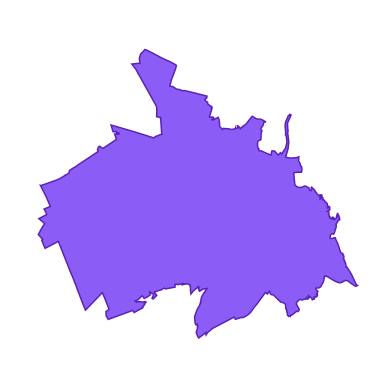 Tulcea, Tulcea, Romania (Robinson projection), rotated 85°
{"feature_id": "2599482B25172560507796", "entity_name": "Tulcea", "entity_type": "district", "adm_level": 2, "iso_a3": "ROU", "parent_name": "Romania", "parent_adm1": "Tulcea", "projection": "robinson", "projection_center": [28.818, 45.151], "detail": "fine", "context": "isolated", "style": "filled", "palette": "violet", "viewbox_px": 384, "rotation_deg": 85, "n_neighbors": 0, "source": "geoboundaries", "source_scale": "gbopen_adm2", "svg_char_len": 5918}
<svg xmlns="http://www.w3.org/2000/svg" viewBox="0 0 384 384"><g transform="rotate(85 192 192)"><path d="M166.8,91.1L165.5,95.7L157.5,92.6L150.8,91.2L140.8,91.5L139.5,90.9L138.5,91.1L131.8,90.9L124.0,86.6L123.1,87.8L124.1,88.5L124.2,89.3L130.5,92.7L134.2,93.5L142.7,93.5L142.6,93.8L143.3,93.9L143.8,93.3L150.6,93.0L156.2,94.9L162.0,99.4L160.5,100.5L162.7,102.8L158.3,106.3L158.1,108.9L162.1,110.1L159.5,115.2L157.1,119.3L157.0,120.9L155.8,122.1L155.0,121.5L153.6,122.4L152.5,122.7L148.4,122.4L147.0,121.5L146.6,121.0L145.9,118.8L139.1,117.9L137.0,116.9L136.0,117.7L134.8,117.8L131.7,115.4L128.3,114.1L128.8,113.0L128.3,112.7L125.9,116.3L125.2,118.3L125.2,119.9L124.9,121.1L121.8,125.5L129.3,132.5L130.1,134.3L131.0,134.8L130.9,135.3L131.2,136.0L133.1,138.4L131.7,139.0L129.9,140.7L129.9,141.0L132.0,140.6L132.3,141.3L132.5,142.6L131.8,142.9L132.7,143.0L133.2,147.1L132.2,150.1L131.7,153.8L131.3,154.9L132.4,156.2L128.9,158.8L125.4,158.5L122.1,158.8L119.9,159.4L122.2,165.3L121.5,165.7L121.2,164.3L120.7,164.0L119.9,164.0L120.0,164.5L119.8,164.7L119.2,164.7L118.9,168.0L118.7,168.1L110.3,164.7L110.1,165.2L109.7,165.1L109.6,165.5L108.5,164.9L107.5,166.8L107.0,167.0L106.3,168.3L105.3,168.6L104.0,168.6L102.4,170.5L101.2,171.1L100.8,170.9L100.7,170.6L100.1,170.4L99.7,169.2L97.8,168.7L90.4,190.1L90.1,193.4L88.7,195.8L88.3,198.3L85.3,201.9L84.7,204.9L78.7,202.8L68.0,197.7L64.5,196.5L63.4,197.8L61.0,201.4L55.6,210.8L48.0,222.6L46.1,225.9L46.0,226.7L47.6,228.1L49.8,230.9L52.5,232.2L55.0,232.9L59.1,232.5L59.3,240.8L65.6,236.8L68.5,235.6L68.9,235.7L69.0,235.4L103.2,220.1L105.1,219.8L108.5,220.0L113.9,220.7L115.1,217.1L115.0,216.8L131.9,217.1L132.1,218.8L133.1,221.6L133.3,223.1L133.9,224.1L134.8,225.2L127.1,244.0L118.2,266.8L125.1,265.4L125.2,262.4L125.4,261.9L126.3,262.1L126.9,259.6L127.9,259.7L127.5,264.0L133.0,262.7L140.8,276.9L138.3,280.2L139.0,281.3L141.6,282.5L143.5,282.0L155.2,303.4L156.7,305.8L158.0,308.7L159.9,312.1L162.5,313.1L163.1,314.1L164.3,317.2L164.5,317.1L167.3,323.0L168.3,325.9L172.4,341.9L172.2,342.4L184.5,337.5L194.0,334.4L196.1,340.8L199.9,339.2L201.5,338.7L201.9,338.9L205.2,346.9L208.9,343.2L210.9,341.6L213.7,344.0L221.0,348.8L226.4,344.7L227.0,345.9L235.3,343.3L229.6,329.4L261.0,320.1L264.3,319.1L265.1,318.6L272.5,316.6L273.5,315.9L274.0,316.0L279.8,314.5L294.2,310.4L300.4,308.4L284.5,290.2L284.5,289.9L285.3,289.9L289.5,288.4L301.1,285.0L301.9,285.0L303.5,288.1L307.9,288.3L311.6,286.5L304.8,261.3L307.0,260.1L303.0,251.0L302.1,251.4L300.2,249.0L299.3,249.4L297.8,247.3L297.5,247.4L297.0,248.6L297.4,250.7L296.7,252.9L296.5,254.3L296.9,256.8L295.8,257.1L296.0,258.1L295.6,258.3L294.6,255.1L291.3,251.1L291.1,250.5L293.9,248.9L292.5,245.3L290.9,242.6L288.3,242.9L287.7,242.7L287.9,242.2L289.7,240.8L289.9,239.8L290.3,239.3L290.9,239.2L294.4,241.1L295.2,240.1L291.9,236.1L288.5,238.3L287.4,234.3L286.8,231.3L285.5,228.5L285.6,227.8L286.2,226.7L285.3,217.2L282.4,216.9L283.0,214.1L282.6,210.7L283.7,210.0L283.4,208.9L282.6,209.2L282.4,208.7L283.3,207.2L283.3,206.6L283.0,206.6L283.1,204.7L283.9,202.9L284.7,201.9L285.0,202.2L286.8,201.9L289.9,202.1L293.5,201.9L290.8,199.4L286.7,193.7L287.2,193.5L287.6,193.9L288.3,193.5L288.7,194.0L290.3,193.3L290.8,193.6L291.5,193.0L289.7,189.5L289.4,185.5L295.8,190.6L297.8,191.8L302.3,193.0L303.2,193.0L303.0,193.3L306.3,194.6L307.0,195.5L310.4,197.6L316.5,200.3L323.1,200.3L324.8,199.4L324.4,198.7L324.9,198.9L325.7,197.8L327.6,198.5L327.8,198.2L332.3,200.1L336.7,198.8L338.0,198.0L333.3,190.5L335.5,190.5L333.2,188.5L329.7,183.4L320.3,161.0L322.6,159.8L321.4,154.8L321.5,152.1L320.8,150.0L319.0,146.6L316.8,143.9L312.4,140.2L309.1,136.9L298.5,127.6L300.2,125.7L297.5,123.6L299.2,122.7L300.0,123.0L301.1,122.0L301.7,119.8L309.3,113.4L310.5,110.2L311.8,108.9L313.4,108.6L316.7,108.7L317.1,107.9L319.7,108.1L320.5,107.5L323.0,107.7L324.4,106.5L323.9,105.2L324.3,104.9L323.7,104.7L323.5,103.7L321.9,100.9L320.1,98.7L320.4,97.1L319.5,95.8L318.1,95.4L312.5,97.9L311.0,97.2L308.8,94.7L308.6,94.1L308.6,92.9L309.3,91.6L308.7,90.3L308.7,88.4L307.3,87.1L308.6,87.0L308.8,86.1L307.3,84.4L306.9,84.5L307.1,85.1L306.8,85.3L305.4,85.0L308.2,82.1L309.8,81.5L309.3,80.6L309.4,79.5L308.7,79.4L307.5,79.9L306.8,78.4L307.6,77.7L307.1,76.8L306.1,76.0L304.8,77.0L304.7,76.1L303.3,76.0L302.0,75.2L299.8,77.1L298.8,77.2L298.5,76.8L298.6,73.7L297.6,72.0L292.5,68.7L287.4,67.3L287.7,66.5L287.5,66.3L287.6,65.3L293.3,57.4L295.4,53.0L295.0,50.5L293.5,47.2L293.8,45.4L294.2,44.4L297.4,40.9L300.2,37.3L299.6,35.2L298.0,36.7L288.9,39.9L285.2,41.6L280.2,44.3L280.3,45.0L276.8,45.1L276.2,45.6L275.0,45.5L274.2,46.0L273.2,46.1L272.6,46.8L272.1,46.5L271.0,46.7L269.8,46.3L268.0,46.6L267.5,47.4L266.3,47.2L265.9,48.8L264.6,49.3L256.1,51.3L251.3,53.1L250.2,53.1L250.0,53.6L250.1,54.9L250.6,56.1L250.5,57.4L250.1,58.3L247.6,58.1L246.0,56.9L245.8,56.6L245.8,55.7L246.4,54.9L245.2,53.8L239.0,51.2L237.8,51.5L237.3,51.2L236.2,51.2L234.9,49.8L232.8,48.8L232.8,47.8L232.5,47.2L229.8,47.4L229.2,48.3L228.6,47.8L226.2,48.6L226.1,49.0L226.8,49.3L229.1,50.2L230.0,50.1L231.6,51.9L230.7,52.7L231.8,53.1L231.6,53.8L230.6,54.2L229.7,53.4L229.3,53.9L229.9,55.2L230.6,55.3L230.6,55.9L230.3,56.4L229.7,56.9L228.6,56.8L228.5,57.6L228.0,57.8L227.1,57.4L226.4,57.6L224.1,57.4L223.5,57.8L223.0,58.9L222.1,56.6L221.7,56.3L219.1,56.1L218.3,56.8L218.1,57.4L218.6,57.7L219.6,57.7L219.7,58.3L215.3,58.3L213.9,59.4L213.3,60.6L212.3,60.5L211.7,60.9L211.1,62.4L209.7,62.0L209.2,62.1L208.3,63.5L208.3,63.8L209.8,64.2L210.2,65.0L208.8,64.6L207.5,65.3L207.1,64.3L207.5,63.7L207.4,62.9L206.5,62.8L206.0,64.1L206.4,66.0L206.1,66.3L205.1,67.4L200.2,70.1L197.6,72.4L198.0,72.9L200.2,72.6L201.0,73.5L201.0,74.1L197.9,75.3L196.1,78.2L195.9,79.6L196.8,81.9L196.9,82.8L196.7,84.9L196.2,86.8L194.5,88.2L194.1,88.9L181.8,89.0L181.5,87.4L181.8,81.2L179.2,80.5L176.6,80.6L175.7,80.9L175.2,81.6L172.6,81.9L171.6,82.6L170.3,83.1L166.2,82.5L166.9,85.0L166.8,91.1Z" fill="#8b5cf6" stroke="#5b21b6" stroke-width="1.5"/></g></svg>